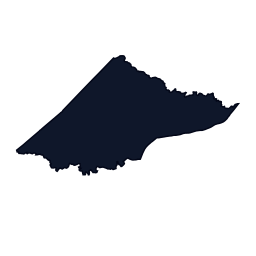 the district of Floresta do Araguaia, Pará, Brazil, rotated 44°
{"feature_id": "56859067B99934361851044", "entity_name": "Floresta do Araguaia", "entity_type": "district", "adm_level": 2, "iso_a3": "BRA", "parent_name": "Brazil", "parent_adm1": "Pará", "projection": "natural_earth1", "projection_center": [-49.514, -7.553], "detail": "fine", "context": "isolated", "style": "filled", "palette": "ink", "viewbox_px": 256, "rotation_deg": 44, "n_neighbors": 0, "source": "geoboundaries", "source_scale": "gbopen_adm2", "svg_char_len": 5786}
<svg xmlns="http://www.w3.org/2000/svg" viewBox="0 0 256 256"><g transform="rotate(44 128 128)"><path d="M158.5,141.9L158.1,140.9L156.0,135.9L154.6,131.6L154.5,130.9L154.2,128.9L154.2,126.7L154.2,125.9L154.4,123.9L154.5,122.1L154.8,120.7L155.3,116.3L155.3,115.4L156.2,114.2L156.9,113.6L158.1,111.9L160.3,109.0L161.2,107.7L163.3,105.0L164.7,103.4L165.9,101.5L166.5,100.9L167.5,99.9L168.6,98.5L170.1,96.4L171.0,94.6L171.4,93.7L172.7,91.9L173.3,91.3L175.3,89.2L176.1,88.0L176.6,87.0L177.2,86.0L177.6,85.2L179.0,82.7L181.3,79.8L181.8,79.3L182.9,78.2L183.4,77.4L184.5,75.4L185.4,73.3L186.4,71.2L187.0,69.7L188.1,65.2L189.3,62.9L190.4,61.3L191.3,59.7L192.3,57.3L192.6,55.4L192.7,52.7L192.2,49.8L192.3,48.6L191.9,47.8L191.8,46.6L191.5,42.3L191.1,38.3L190.8,35.8L190.6,33.8L189.9,34.5L189.6,35.1L189.2,35.9L188.8,36.5L188.8,37.6L189.2,38.1L188.9,38.7L189.1,39.6L188.7,40.3L188.2,40.0L187.7,40.1L187.2,40.6L187.3,42.3L187.2,43.0L187.0,43.9L186.7,44.4L186.1,44.8L185.4,45.1L185.2,45.7L184.0,46.3L183.4,46.1L182.4,45.5L182.1,46.0L181.8,46.8L179.8,47.6L179.4,47.0L179.4,46.3L178.2,45.9L177.7,45.3L177.3,44.7L176.7,44.3L176.1,44.6L175.5,45.1L175.1,45.7L174.5,45.5L173.9,45.4L173.6,46.1L173.0,46.4L172.8,47.1L172.3,46.8L171.6,45.7L171.0,45.8L170.6,46.3L170.7,47.1L170.0,47.2L169.2,47.3L169.1,46.6L168.6,46.0L168.0,46.2L166.7,45.3L166.2,45.3L165.9,44.6L165.4,44.1L164.8,44.1L164.3,45.5L163.6,46.7L162.8,47.8L162.1,47.8L161.8,48.4L162.1,49.0L162.1,49.8L162.2,50.6L161.8,51.1L160.4,51.7L159.8,52.2L159.2,52.3L157.7,52.2L157.0,52.3L156.4,52.8L155.8,52.9L155.4,53.4L155.3,54.1L155.5,54.8L155.8,55.5L155.4,56.3L154.2,56.3L153.6,56.1L152.7,54.9L152.1,54.7L151.7,55.4L149.9,56.7L150.3,57.3L151.0,57.5L151.4,58.1L151.5,58.8L151.8,59.4L150.8,60.3L150.3,61.0L149.7,61.5L149.3,62.0L149.4,62.7L149.2,63.3L148.6,63.7L148.2,64.3L148.2,65.2L147.4,66.2L146.7,66.1L146.2,64.9L145.7,64.4L145.5,63.8L145.5,63.1L145.3,62.2L144.7,62.4L144.3,63.8L143.0,65.5L142.4,65.8L141.9,66.4L141.1,66.4L140.8,65.9L140.2,66.1L139.7,66.5L139.1,66.8L138.1,67.9L137.5,68.1L136.8,68.2L136.3,68.0L135.8,67.6L135.4,67.0L134.8,67.1L134.7,67.9L134.9,68.6L134.8,69.3L134.5,71.0L134.6,71.8L134.1,72.7L133.5,73.1L132.6,73.3L132.5,72.7L131.8,72.5L130.6,72.7L130.1,73.5L129.4,73.6L128.4,74.0L127.7,73.4L127.6,72.6L126.9,72.5L126.3,72.7L125.7,72.6L125.1,72.3L124.7,71.6L124.2,71.4L123.6,71.1L123.5,70.5L122.8,70.6L122.0,71.2L121.4,71.0L121.3,70.4L120.5,70.1L119.2,70.7L118.5,70.7L117.8,70.5L116.8,70.7L115.9,71.2L114.7,72.0L114.0,72.0L113.3,72.2L112.4,72.6L111.7,73.5L110.7,74.9L110.5,75.6L109.8,76.5L108.8,76.6L107.6,76.7L107.1,75.9L106.3,75.9L105.7,76.5L104.8,76.8L104.3,76.8L103.7,77.2L102.1,77.1L101.6,76.8L101.1,76.9L100.3,76.9L99.8,77.1L98.8,78.0L98.2,78.3L97.7,78.7L97.4,79.4L96.7,79.9L96.2,79.6L95.7,80.4L95.1,80.6L94.3,80.5L93.7,80.2L93.0,80.0L92.3,80.1L91.7,79.9L90.8,80.0L89.6,80.6L89.1,81.0L88.6,81.4L88.0,81.6L86.6,81.0L86.1,80.5L85.5,80.3L84.8,80.5L84.1,80.3L83.4,80.6L82.9,81.0L81.5,81.0L81.0,81.5L80.4,81.8L79.8,82.4L79.3,82.6L78.7,82.3L78.1,81.8L77.7,80.2L77.2,79.6L76.4,79.4L75.7,79.1L75.0,79.1L74.2,79.6L72.4,81.4L72.1,82.0L72.1,83.2L71.8,83.7L71.6,84.5L70.9,86.2L70.4,86.9L69.8,87.5L69.0,87.7L69.0,109.3L68.9,116.6L68.9,132.0L69.0,160.7L69.3,161.3L69.2,162.0L69.4,162.7L69.0,163.5L69.0,164.4L66.8,186.4L66.6,188.9L66.6,189.5L66.5,190.3L66.3,190.9L66.4,191.7L66.2,193.8L64.8,208.2L64.5,211.8L64.4,212.8L63.3,221.3L64.2,221.8L64.9,222.2L65.4,221.6L66.0,221.3L66.5,221.8L67.2,222.0L68.5,220.8L69.2,220.4L69.8,219.8L70.4,219.5L71.1,218.9L71.3,218.1L71.7,216.5L72.2,215.9L72.6,216.5L73.3,216.5L73.5,215.8L73.9,214.8L74.4,214.4L75.3,213.7L75.8,213.7L77.1,212.9L77.4,211.7L78.1,211.0L78.8,210.6L79.4,210.4L80.0,210.4L80.3,211.3L81.4,210.1L81.8,209.6L82.1,208.8L82.7,208.4L83.2,207.7L84.0,207.7L84.7,207.3L85.2,206.6L86.1,206.8L86.8,206.8L87.5,207.3L88.5,207.6L89.1,206.9L89.8,206.6L90.2,206.2L90.9,206.4L91.7,206.4L92.4,206.5L92.9,205.9L93.5,206.2L93.8,205.7L94.5,205.7L95.1,206.2L95.6,206.8L96.3,207.1L97.5,207.1L97.8,207.9L97.6,208.6L98.3,209.0L98.9,209.0L99.5,209.4L100.6,209.7L101.1,209.4L101.7,208.9L102.4,208.2L102.8,207.3L103.9,206.7L104.6,207.3L105.3,208.4L106.0,208.6L107.1,208.4L107.1,207.4L106.6,206.0L106.9,204.8L106.9,204.1L107.5,203.7L108.4,203.5L109.2,203.1L109.7,200.8L110.3,200.1L110.9,200.0L111.7,199.5L112.0,198.1L111.9,197.1L111.5,196.1L110.9,195.2L110.7,193.9L112.1,193.5L113.2,192.9L113.5,192.4L114.2,192.0L114.7,192.3L115.4,191.9L115.9,191.2L116.0,190.6L116.6,189.8L116.8,188.8L117.3,187.8L118.3,187.0L119.5,188.0L120.1,188.5L120.7,189.6L120.1,189.6L119.6,190.4L120.3,190.8L121.6,190.4L122.1,189.9L122.2,191.4L122.0,192.1L122.9,192.2L123.8,191.8L124.3,191.2L125.0,190.9L125.8,191.4L126.5,191.5L127.1,192.2L127.6,192.4L128.2,192.8L128.6,192.3L129.3,191.7L129.7,191.2L129.4,190.6L128.7,190.9L128.1,189.3L128.7,188.6L130.1,188.7L131.2,188.4L131.8,189.2L132.4,188.9L132.1,187.9L131.2,187.1L130.8,186.5L129.9,186.5L129.8,185.7L130.1,185.0L130.2,184.0L131.6,184.0L133.8,184.3L134.5,183.5L135.8,182.6L136.4,181.6L135.8,180.2L135.4,180.7L134.6,180.7L133.9,180.2L133.0,179.5L132.7,178.0L132.4,177.2L133.3,176.4L134.8,176.3L135.4,175.8L136.1,174.7L136.7,174.0L137.2,173.4L138.7,172.7L140.2,172.0L141.1,171.7L142.0,171.4L142.8,170.4L143.4,170.2L144.1,169.7L144.4,168.6L144.9,168.3L146.1,168.2L146.5,167.5L146.9,166.7L147.5,165.5L146.9,165.0L146.3,164.4L146.0,163.8L145.7,163.1L145.7,162.0L145.0,161.3L143.5,160.3L143.9,159.3L145.4,159.9L146.8,160.6L147.6,160.1L149.7,160.5L150.2,159.9L150.2,159.0L150.3,158.1L150.3,156.8L150.0,156.0L149.0,155.7L148.3,155.6L147.7,155.3L148.1,154.4L148.1,153.4L148.0,152.2L148.3,151.3L148.4,150.2L149.0,149.5L150.4,149.3L152.8,148.2L153.7,147.6L154.6,146.6L155.0,146.1L155.7,145.4L156.4,144.4L156.7,143.7L157.6,142.9L158.5,141.9Z" fill="#0f172a" stroke="#020617" stroke-width="1.5"/></g></svg>